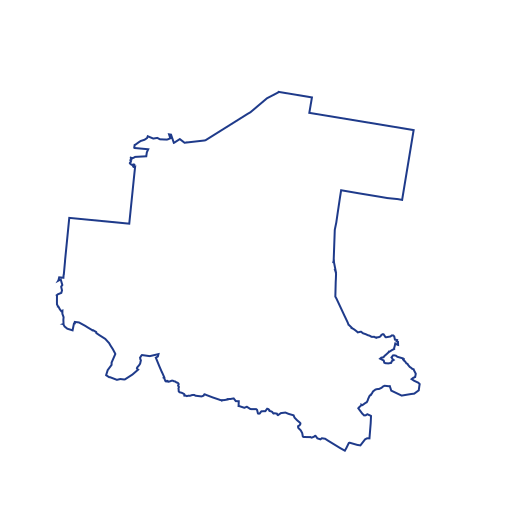 Vecumnieku pag., Vecumnieku, Latvia, rotated 14°
{"feature_id": "27541924B63296928652800", "entity_name": "Vecumnieku pag.", "entity_type": "district", "adm_level": 2, "iso_a3": "LVA", "parent_name": "Latvia", "parent_adm1": "Vecumnieku", "projection": "albers", "projection_center": [24.515, 56.627], "detail": "fine", "context": "isolated", "style": "outline", "palette": "blue", "viewbox_px": 512, "rotation_deg": 14, "n_neighbors": 0, "source": "geoboundaries", "source_scale": "gbopen_adm2", "svg_char_len": 5975}
<svg xmlns="http://www.w3.org/2000/svg" viewBox="0 0 512 512"><g transform="rotate(14 256 256)"><path d="M384.1,422.0L389.3,423.4L390.1,420.6L391.3,415.0L392.0,414.5L400.0,414.8L403.1,414.5L406.2,407.5L407.9,406.0L410.2,405.5L407.8,390.9L407.5,389.3L406.3,383.4L406.2,383.3L402.3,382.6L400.9,384.1L399.4,384.5L398.1,383.7L397.2,383.2L392.1,379.0L392.3,378.4L394.2,375.5L394.3,375.2L394.2,374.8L395.0,375.0L395.3,375.0L397.9,371.9L398.8,371.2L399.3,369.2L399.4,367.5L399.7,366.0L399.9,364.8L400.1,364.1L401.1,363.0L400.9,362.7L401.3,362.2L401.7,361.4L402.3,359.1L404.2,356.7L405.8,355.8L407.5,355.3L409.7,353.5L410.9,351.8L412.2,350.8L416.6,350.2L417.3,349.9L419.8,353.9L431.1,356.2L440.1,352.3L442.8,351.3L446.4,347.0L446.0,343.2L445.8,340.7L444.2,339.7L439.6,338.8L436.8,337.8L438.1,336.1L438.7,335.8L439.1,335.2L439.7,334.9L439.6,332.8L439.5,331.6L436.7,328.4L436.4,327.8L434.8,327.7L434.1,327.2L432.6,326.6L432.1,326.5L429.8,324.8L429.1,324.0L427.9,323.8L426.1,322.2L424.7,321.6L424.5,320.8L424.2,321.1L423.6,320.7L423.3,319.8L417.5,319.6L416.0,318.9L414.7,318.9L413.9,319.0L413.0,319.3L412.0,321.6L412.7,322.1L413.2,322.9L414.7,323.6L413.2,325.2L413.0,327.0L412.6,327.2L410.4,328.2L407.5,328.7L406.3,328.5L405.2,326.5L401.3,325.6L402.2,324.3L404.2,323.4L404.9,321.8L406.0,320.3L407.8,317.6L408.0,316.9L408.2,317.0L410.9,314.2L412.6,312.8L412.3,312.1L412.4,310.2L412.3,307.3L414.8,307.9L415.4,307.9L414.5,304.9L413.1,304.9L413.2,303.4L411.0,303.5L409.6,300.6L408.4,299.9L407.0,300.2L405.9,301.6L401.8,303.4L401.3,303.4L398.7,301.1L397.9,301.2L396.8,302.2L396.8,302.3L396.6,302.9L395.9,304.2L394.9,305.0L394.4,305.1L394.0,305.4L392.9,305.7L392.7,306.2L391.5,306.2L391.3,306.0L390.0,305.8L389.6,306.0L389.3,306.1L387.5,306.5L387.2,306.3L385.3,305.8L383.8,305.8L381.3,305.3L378.5,305.1L377.2,304.5L376.9,304.4L376.4,304.1L375.8,304.2L373.2,305.5L372.2,304.9L370.2,304.0L368.2,303.2L366.3,302.8L366.4,302.5L362.6,300.3L362.4,300.3L361.1,298.4L357.1,293.5L356.9,293.3L344.4,277.9L342.8,276.2L339.6,261.8L339.0,258.7L338.0,254.0L337.3,252.4L336.6,251.3L337.0,251.4L333.2,243.3L332.8,242.0L332.5,242.3L332.5,241.8L326.1,211.5L325.8,204.1L324.8,194.1L323.3,178.6L322.7,171.6L340.5,170.3L361.4,168.6L369.5,168.0L379.7,166.5L384.2,166.2L378.5,95.7L273.1,104.2L272.5,96.3L272.4,95.4L272.4,94.8L271.9,88.6L238.2,91.3L238.1,91.8L228.5,100.3L215.8,117.9L213.4,120.2L179.2,155.7L178.8,156.0L178.0,156.4L162.2,162.3L161.5,162.4L161.4,162.6L159.3,163.4L153.8,161.0L149.2,165.9L148.9,166.1L144.2,158.8L142.2,159.0L144.4,162.5L142.0,164.3L141.0,164.7L134.6,166.0L131.7,165.3L127.9,166.9L122.0,166.0L121.8,167.8L120.7,169.1L119.7,170.2L116.3,172.3L114.7,174.0L112.1,177.1L111.4,177.6L111.6,180.2L111.9,180.6L125.6,178.5L125.0,181.8L125.4,185.8L114.7,189.1L113.7,190.1L112.9,190.7L111.8,191.0L110.7,190.9L110.7,191.1L111.8,192.6L111.0,193.4L111.4,193.7L111.8,194.6L111.7,195.2L111.2,195.8L111.1,196.4L111.5,196.8L113.2,197.6L113.9,197.5L114.6,197.0L115.3,196.7L115.8,196.8L115.8,197.3L115.7,197.7L115.3,198.3L115.1,198.7L115.4,199.0L115.6,199.2L115.9,199.2L117.1,198.5L118.2,206.5L125.2,255.3L65.6,264.2L71.8,306.5L72.0,307.5L74.0,320.5L73.9,320.9L74.4,323.7L70.2,324.3L70.2,327.5L70.1,327.8L71.0,327.0L72.3,326.2L75.1,331.0L74.5,332.5L74.4,333.0L76.1,336.3L76.0,338.9L73.0,341.1L72.1,342.3L72.5,342.7L73.9,348.5L74.6,351.1L76.1,352.8L76.1,353.0L76.6,353.0L78.5,355.1L80.5,356.7L81.4,355.9L82.1,358.9L84.1,361.9L84.5,364.4L85.7,368.5L85.4,368.7L85.5,368.7L87.3,370.7L90.5,372.2L96.0,372.5L95.7,365.5L96.5,365.2L96.2,363.8L100.3,363.3L107.2,365.1L109.6,365.9L115.2,367.6L115.3,367.7L115.7,367.4L119.3,368.4L119.7,369.4L122.9,370.6L129.8,372.9L133.4,375.3L134.5,376.0L136.4,378.0L139.7,381.1L143.1,384.9L143.2,385.2L141.7,394.1L141.7,394.5L142.2,396.6L139.7,402.6L139.4,407.9L139.6,408.0L142.8,409.1L143.6,408.9L151.0,409.8L154.1,408.2L158.0,407.7L158.7,407.4L164.8,400.9L169.1,394.8L168.4,394.5L167.6,393.8L167.6,393.6L167.7,392.9L168.1,392.0L168.6,391.1L169.1,390.0L169.6,388.5L169.6,387.4L169.5,386.3L169.6,385.7L169.5,385.0L168.7,384.1L168.4,383.2L168.1,382.8L168.8,380.6L169.3,379.7L176.9,378.9L177.5,378.7L185.1,374.8L185.1,377.2L183.4,378.9L188.9,386.4L192.7,391.4L192.8,391.4L193.4,392.2L193.6,392.4L196.4,396.0L196.0,396.5L196.6,396.7L196.8,397.0L197.2,397.7L198.3,399.2L198.9,399.5L199.2,399.5L199.4,399.4L199.9,398.6L200.1,398.6L200.7,398.7L200.9,398.9L201.0,399.2L201.5,399.2L202.9,398.4L204.5,397.3L205.3,397.1L206.7,397.4L207.8,397.3L208.4,397.5L209.3,397.9L209.8,398.0L210.5,397.9L211.1,398.2L211.7,398.6L211.8,398.8L212.0,399.2L212.0,399.5L211.8,400.0L211.7,400.3L211.9,400.8L212.4,401.2L212.8,401.6L212.9,402.2L212.8,403.3L213.3,404.4L213.7,405.9L213.9,406.1L214.8,406.7L217.1,406.7L219.6,407.3L220.0,407.6L220.2,408.8L220.6,408.8L221.6,408.5L222.7,408.7L224.5,407.8L225.4,407.7L225.8,407.5L226.1,407.4L227.4,406.5L228.7,406.0L229.9,405.8L231.0,406.2L236.7,405.5L237.2,405.4L238.9,404.2L239.3,402.8L239.6,402.6L241.5,402.9L248.2,403.7L255.5,404.3L256.0,404.4L257.3,404.3L257.5,404.4L257.5,404.2L260.0,403.5L263.2,402.1L263.1,401.7L266.2,400.8L266.5,400.6L268.8,399.6L271.5,401.7L274.4,401.1L275.4,405.8L276.0,405.7L281.4,406.1L283.6,404.5L287.4,405.8L288.6,405.7L292.9,404.6L293.4,404.6L294.3,405.1L295.8,408.0L296.0,408.3L296.3,408.4L297.2,408.2L297.7,407.9L297.8,407.7L298.6,405.7L299.0,405.3L302.6,404.3L303.6,401.9L303.8,401.5L305.1,401.6L306.1,402.2L306.1,402.6L306.3,402.9L306.7,403.1L308.4,403.1L309.5,403.4L310.8,404.5L311.3,404.6L312.0,404.1L314.4,403.9L315.4,405.0L315.8,405.1L318.2,402.4L322.4,400.8L325.8,401.3L331.0,401.5L332.5,403.5L335.7,405.5L338.6,406.9L339.5,407.5L339.7,408.1L339.5,409.1L339.1,409.9L338.2,410.7L338.0,411.0L338.4,412.2L338.8,412.7L341.5,414.3L342.0,414.8L343.7,416.7L345.1,419.8L345.6,420.0L345.8,420.1L346.8,419.9L351.7,418.8L352.4,418.5L353.8,418.8L354.2,418.6L356.0,417.3L356.7,416.3L357.0,416.1L357.4,416.2L359.7,418.1L362.9,418.3L364.0,416.9L367.3,416.6L370.1,417.6L384.1,422.0Z" fill="none" stroke="#1e3a8a" stroke-width="2"/></g></svg>